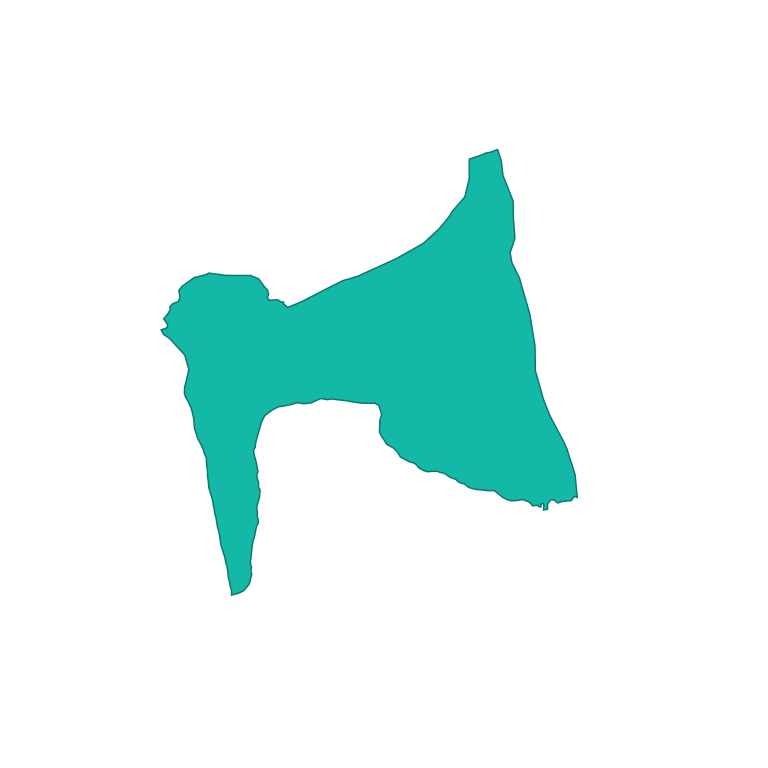 outline of Donga, Taraba, Nigeria, rotated 121°
{"feature_id": "59680162B72688070781247", "entity_name": "Donga", "entity_type": "district", "adm_level": 2, "iso_a3": "NGA", "parent_name": "Nigeria", "parent_adm1": "Taraba", "projection": "mercator", "projection_center": [10.325, 7.657], "detail": "fine", "context": "isolated", "style": "filled", "palette": "teal", "viewbox_px": 768, "rotation_deg": 121, "n_neighbors": 0, "source": "geoboundaries", "source_scale": "gbopen_adm2", "svg_char_len": 3891}
<svg xmlns="http://www.w3.org/2000/svg" viewBox="0 0 768 768"><g transform="rotate(121 384 384)"><path d="M643.5,405.9L638.1,400.9L634.3,398.2L631.4,397.4L626.8,396.7L623.1,396.8L620.3,397.9L615.7,399.1L612.2,402.1L609.4,403.1L607.7,405.1L605.0,407.1L602.3,408.2L597.7,410.3L593.2,412.4L588.6,414.5L585.0,415.6L580.4,416.8L574.9,418.9L571.3,420.0L567.6,420.2L564.9,422.2L563.1,424.2L559.5,426.2L555.9,429.2L553.2,430.3L548.6,431.4L544.9,432.6L538.6,435.7L536.9,438.6L533.3,440.6L530.6,443.6L527.1,446.6L524.3,446.7L516.3,453.7L513.6,456.7L511.8,458.6L508.3,461.6L504.6,461.8L500.0,463.9L496.4,465.0L487.2,467.3L483.5,468.4L481.2,469.0L478.0,469.6L472.5,469.9L464.0,466.5L461.1,464.7L458.2,463.0L454.3,458.4L449.4,453.0L444.5,448.5L442.4,442.9L440.4,440.1L437.5,436.5L430.8,432.1L428.8,430.3L426.7,424.7L423.7,421.0L421.7,416.4L419.6,411.8L417.5,407.1L415.4,401.5L412.3,394.1L408.2,386.7L405.2,382.1L405.0,377.4L408.5,373.5L411.1,370.5L415.7,369.3L418.5,368.3L420.1,367.3L427.5,363.1L430.1,359.2L431.8,355.4L434.3,350.5L434.1,345.8L434.0,343.0L435.5,337.2L438.1,332.4L437.7,324.8L437.6,322.0L436.5,318.2L436.4,315.4L438.0,310.6L437.7,304.9L436.6,301.2L434.6,298.5L431.6,293.9L430.5,289.2L429.4,285.4L430.0,279.7L428.8,273.2L429.6,270.3L429.4,267.5L428.3,263.7L429.0,258.0L427.8,253.3L426.8,250.5L423.7,244.0L421.6,239.4L418.6,234.8L419.3,229.1L420.0,224.3L419.7,218.7L418.6,214.9L417.1,212.6L415.6,210.3L411.7,205.8L410.4,199.2L411.2,195.4L412.0,193.9L408.9,190.2L409.4,187.7L408.2,186.2L406.4,187.5L404.5,186.3L405.1,184.9L409.8,182.4L407.1,179.3L402.7,181.9L397.8,181.5L395.8,178.7L396.5,173.8L392.6,170.4L387.4,163.3L382.5,163.2L381.7,159.9L365.9,171.6L363.2,173.6L361.6,175.4L358.5,178.9L353.6,184.5L349.8,188.9L348.0,190.9L345.4,193.8L341.9,198.9L340.8,200.4L337.7,205.6L334.9,210.3L332.1,214.9L327.4,222.7L325.9,225.1L324.6,226.9L320.2,232.7L317.3,236.4L315.0,239.5L310.4,244.4L307.2,247.7L304.5,250.6L298.1,257.4L294.7,261.1L284.0,267.7L282.1,268.9L273.3,274.4L249.2,294.8L241.9,302.6L238.3,306.5L234.7,310.4L231.1,314.2L228.7,316.9L223.4,322.4L220.5,327.0L214.7,336.0L214.1,336.9L207.4,342.7L206.4,343.5L203.0,344.3L199.3,345.1L194.4,346.2L191.6,346.9L173.9,359.4L169.5,362.0L160.9,367.3L158.1,370.9L155.3,374.6L152.4,378.3L150.0,381.5L146.4,386.2L143.9,389.5L133.9,397.2L132.4,398.3L124.5,407.3L130.3,412.0L134.6,416.5L137.3,418.1L142.0,422.1L147.4,426.7L155.5,421.8L164.2,416.6L171.0,414.5L174.6,413.4L180.0,411.7L182.3,411.1L187.0,411.9L193.1,413.0L196.9,413.7L200.9,414.4L207.5,414.4L210.7,414.9L211.8,415.0L216.4,415.7L222.3,416.6L234.4,420.1L243.1,422.7L250.1,426.6L256.0,429.9L263.6,434.3L270.5,438.2L280.0,444.7L287.7,450.0L289.4,451.1L295.8,455.6L303.6,460.9L305.1,462.0L310.7,467.0L316.6,472.5L331.4,481.9L355.2,496.6L357.2,497.9L367.9,506.0L367.1,511.2L365.5,512.2L366.6,514.3L366.6,518.6L369.6,523.0L371.3,525.6L370.0,528.6L366.6,529.0L363.6,532.1L361.8,537.7L358.4,545.6L359.7,554.3L369.6,570.8L370.8,572.9L372.6,576.0L376.1,584.2L377.8,588.2L379.1,591.2L382.5,593.4L390.7,601.6L404.1,607.3L409.3,608.1L414.9,603.4L419.6,602.9L423.9,606.4L428.2,607.3L430.4,605.5L434.9,605.4L441.6,606.4L444.6,599.9L447.6,599.0L452.4,602.9L452.7,602.4L453.3,601.3L455.0,598.6L455.4,591.2L456.9,586.1L459.5,577.5L460.9,572.6L461.9,569.5L472.1,558.8L476.5,557.3L484.3,554.7L489.4,553.3L494.9,550.2L497.5,547.3L500.1,542.4L503.5,537.5L507.1,533.6L512.4,528.6L516.9,525.6L519.6,523.6L523.1,519.6L526.6,515.7L530.1,509.8L532.7,505.9L536.2,502.0L538.8,498.1L542.4,496.0L545.1,494.0L548.7,491.0L555.0,487.0L558.5,484.0L563.0,480.9L566.5,477.0L571.0,472.0L575.4,468.1L576.3,467.3L579.9,464.1L582.5,462.1L585.2,459.1L588.8,456.1L592.3,453.1L595.9,449.2L598.5,447.1L602.1,444.1L606.6,440.2L608.3,438.2L611.0,435.2L614.5,431.3L618.9,427.3L621.6,424.3L625.2,421.3L627.9,419.3L630.5,417.3L633.2,414.4L636.8,411.4L639.4,408.4L643.5,405.9Z" fill="#14b8a6" stroke="#0f766e" stroke-width="1.5"/></g></svg>